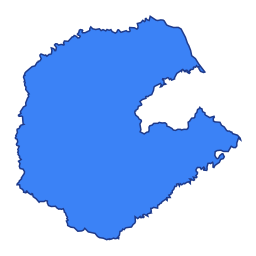 Goiatins, Tocantins, Brazil (Albers equal-area conic projection), rotated 90°
{"feature_id": "56859067B69520863408764", "entity_name": "Goiatins", "entity_type": "district", "adm_level": 2, "iso_a3": "BRA", "parent_name": "Brazil", "parent_adm1": "Tocantins", "projection": "albers", "projection_center": [-47.51, -8.02], "detail": "fine", "context": "isolated", "style": "filled", "palette": "blue", "viewbox_px": 256, "rotation_deg": 90, "n_neighbors": 0, "source": "geoboundaries", "source_scale": "gbopen_adm2", "svg_char_len": 5775}
<svg xmlns="http://www.w3.org/2000/svg" viewBox="0 0 256 256"><g transform="rotate(90 128 128)"><path d="M72.0,51.1L63.8,57.4L58.6,60.6L55.7,64.3L50.4,65.4L45.5,67.3L43.2,68.6L37.3,70.6L29.0,74.9L27.4,77.7L27.5,82.4L25.9,87.4L24.9,89.4L20.9,91.8L20.1,92.9L19.9,95.2L20.5,98.2L20.2,99.9L16.3,105.8L20.5,106.9L19.7,109.0L18.4,110.0L18.7,110.6L21.0,110.8L21.6,111.5L20.3,113.2L22.6,115.2L23.5,118.7L26.4,117.9L28.3,118.2L29.1,119.1L27.8,121.6L27.5,126.3L28.6,126.5L30.5,125.9L31.4,126.2L31.7,126.9L31.5,128.9L30.7,129.8L32.3,135.1L29.8,137.4L30.0,138.3L32.1,139.2L33.1,140.7L31.6,143.9L29.6,145.1L30.3,146.8L29.5,149.0L30.9,150.2L29.6,153.0L30.6,154.9L28.8,156.6L29.5,160.3L28.8,163.3L26.9,165.2L28.4,166.1L30.5,166.3L32.7,170.9L32.8,173.4L32.0,174.0L30.5,173.3L30.0,173.6L29.6,175.6L30.2,176.6L32.7,177.3L34.1,178.6L35.0,178.0L35.7,176.2L36.4,175.8L37.7,176.6L38.0,178.1L36.2,179.9L35.5,181.8L36.7,182.7L36.9,183.8L41.3,187.8L41.0,191.6L43.0,192.5L44.3,191.9L45.0,192.2L44.4,194.9L45.1,197.3L43.8,199.0L43.8,200.5L45.0,201.5L47.5,199.6L50.6,200.3L50.7,201.1L49.1,201.9L48.5,202.7L47.9,204.7L50.7,204.1L53.8,204.6L54.4,205.8L54.3,206.8L56.2,209.1L55.0,210.3L55.5,211.0L54.0,215.0L54.8,215.9L55.8,216.1L58.6,214.8L60.2,215.6L61.0,216.3L61.3,217.8L62.2,218.0L62.4,218.9L65.9,221.0L66.6,223.9L71.7,229.9L72.8,230.9L74.6,231.5L75.4,231.2L75.5,232.0L77.1,232.5L80.4,231.3L81.8,231.9L82.0,231.1L82.8,230.8L83.8,231.4L85.4,231.2L87.1,230.0L89.5,230.3L93.9,226.9L94.4,227.9L96.7,227.3L98.0,228.4L102.9,230.3L105.6,230.1L107.0,232.6L111.8,235.7L113.4,235.0L115.1,237.5L115.8,237.5L116.3,236.8L116.1,234.3L116.6,233.5L123.7,232.9L124.3,232.1L125.2,235.1L126.1,235.5L126.3,236.3L127.1,236.1L128.6,237.1L129.1,238.7L129.9,239.0L132.6,238.6L135.6,240.2L136.2,239.7L137.6,240.6L138.5,240.5L139.3,238.8L140.3,238.6L142.0,238.3L144.2,239.6L145.3,239.2L146.3,236.8L149.5,238.2L150.9,237.6L152.3,238.3L152.9,237.7L154.5,237.9L156.2,236.4L157.5,236.6L159.5,234.8L161.2,237.5L163.4,236.0L166.3,236.7L168.5,235.9L169.2,232.9L171.6,231.5L173.4,231.7L178.0,234.7L178.8,234.4L180.9,236.7L181.6,236.7L183.9,238.8L184.8,239.0L184.8,236.4L188.0,235.9L189.4,233.4L191.2,232.3L192.2,232.4L192.8,230.3L192.4,229.4L191.4,229.8L191.0,229.2L192.7,227.8L194.4,225.4L194.7,224.7L193.6,224.1L193.9,223.5L196.7,222.8L198.8,219.8L202.2,216.9L201.5,216.2L201.5,211.9L200.6,210.5L201.1,208.6L202.9,208.7L205.5,207.5L206.5,204.8L206.3,200.5L208.1,198.9L209.2,197.1L208.9,196.2L209.3,194.4L208.7,192.8L211.1,191.6L211.9,191.8L213.0,190.5L215.4,189.8L217.3,188.5L218.7,189.2L219.7,188.1L220.4,188.1L221.0,189.6L223.8,188.4L225.5,188.3L227.2,185.1L227.6,181.9L231.2,178.2L230.9,174.2L230.1,172.5L228.3,171.2L231.9,167.7L233.4,160.9L236.4,158.5L237.6,156.6L238.2,152.7L239.7,149.2L239.0,147.8L239.5,146.8L238.8,146.2L239.3,145.3L238.1,142.3L238.7,141.0L238.4,139.1L237.7,138.7L238.6,137.4L237.6,137.2L236.7,137.7L235.2,136.6L231.4,136.0L230.9,134.2L229.1,133.3L229.6,131.8L228.2,130.8L227.7,129.8L227.0,124.5L224.5,122.9L223.1,121.2L221.6,120.6L216.7,120.9L218.6,118.3L216.5,115.9L217.6,115.5L217.7,114.6L216.9,114.0L217.5,113.3L217.5,112.4L216.9,112.0L215.2,113.3L214.5,112.7L214.4,111.6L216.1,108.2L214.5,108.8L213.7,107.9L212.9,104.7L212.1,105.4L211.4,104.7L208.4,105.2L208.4,104.1L207.4,102.4L208.1,98.4L205.8,98.3L204.8,97.8L204.7,96.9L203.3,95.7L203.1,94.7L201.9,94.1L199.2,90.3L200.4,88.9L199.2,88.8L198.6,89.5L197.7,89.3L197.5,85.8L195.1,87.1L194.4,85.1L193.0,84.9L192.8,83.7L190.9,83.8L189.4,82.3L186.3,81.2L186.5,80.0L185.4,79.1L184.2,79.4L183.7,77.8L186.0,76.6L183.7,75.8L184.8,74.3L183.3,72.1L183.8,71.3L182.3,69.2L181.7,66.9L182.5,66.8L183.5,65.7L181.4,65.8L180.3,65.1L179.0,66.2L179.1,64.8L179.8,64.2L180.4,62.2L179.8,61.5L177.2,62.6L177.8,60.0L177.0,59.1L175.7,60.1L173.8,58.6L172.2,58.5L171.7,59.6L169.8,60.1L167.5,58.6L167.5,55.8L169.3,54.8L167.1,52.2L168.4,51.3L169.5,52.5L170.1,52.3L170.4,49.3L169.3,48.9L166.9,49.0L163.4,48.0L163.2,46.2L163.6,45.5L162.3,43.4L163.9,42.9L167.1,43.0L167.5,42.1L165.4,41.0L162.4,36.7L159.4,35.3L158.6,32.7L156.8,31.7L153.8,33.1L153.7,33.9L155.6,36.2L158.2,37.5L158.7,38.8L157.6,40.0L155.3,41.2L151.7,40.8L150.6,39.0L150.3,36.2L150.3,34.9L151.4,32.6L151.5,27.8L146.3,24.8L147.6,22.4L147.6,20.5L145.9,19.2L142.9,19.2L138.1,17.5L139.8,15.4L138.1,15.9L135.2,18.5L133.6,23.4L132.0,24.3L132.2,25.0L131.1,26.5L131.1,28.3L130.3,29.5L127.0,31.7L125.3,34.5L122.3,36.0L121.9,41.0L121.1,42.5L118.8,42.8L117.1,41.7L116.3,42.0L117.6,46.3L115.1,50.5L114.4,51.1L112.9,51.0L111.6,53.4L108.8,54.1L108.3,55.6L107.4,56.2L108.8,57.0L109.5,58.4L112.5,59.2L114.0,60.7L117.3,61.2L117.9,61.9L118.2,64.4L121.3,66.5L122.2,67.9L126.8,67.5L128.2,68.0L129.4,69.2L129.3,72.0L130.0,74.7L129.4,75.3L129.3,78.2L130.4,80.3L130.1,82.6L128.5,84.0L126.8,87.0L126.2,89.0L124.0,89.4L122.8,91.0L123.0,93.9L122.4,96.8L123.3,98.0L123.4,102.2L125.1,103.9L125.8,106.2L127.1,107.0L130.2,106.9L131.8,107.4L132.2,109.2L133.9,111.8L131.8,115.9L129.8,115.1L124.0,116.1L121.3,114.6L120.5,114.7L119.9,115.1L119.1,116.8L117.1,117.9L115.2,120.3L112.7,121.2L111.1,121.0L111.0,120.3L110.2,120.1L108.9,118.2L106.4,117.7L105.1,114.5L104.3,114.3L101.5,116.1L99.5,113.6L98.3,110.0L96.8,110.3L96.4,109.8L96.7,108.2L95.6,106.9L94.6,104.3L90.4,102.5L87.1,102.0L86.2,101.1L83.5,95.7L84.7,94.7L86.9,95.6L86.5,94.2L84.3,92.3L84.5,91.2L84.1,90.2L82.8,92.0L80.7,92.1L79.6,93.5L78.7,93.2L79.0,90.9L77.6,88.3L77.9,87.5L79.5,86.5L78.6,85.2L80.1,84.5L79.8,83.5L78.9,81.4L78.1,81.6L73.4,79.2L70.6,75.0L71.4,74.4L69.7,73.9L69.4,73.2L70.8,72.1L70.5,70.6L71.6,71.1L71.6,70.0L70.4,69.0L72.1,67.7L72.5,68.3L73.4,66.8L72.6,66.0L71.1,66.7L70.4,66.4L70.3,65.5L69.4,65.1L69.4,63.2L68.5,62.4L67.5,62.6L67.0,62.0L67.2,60.4L65.7,59.5L67.0,58.4L66.6,57.1L68.6,57.1L71.4,55.4L72.5,52.3L72.0,51.1Z" fill="#3b82f6" stroke="#1e3a8a" stroke-width="1.5"/></g></svg>